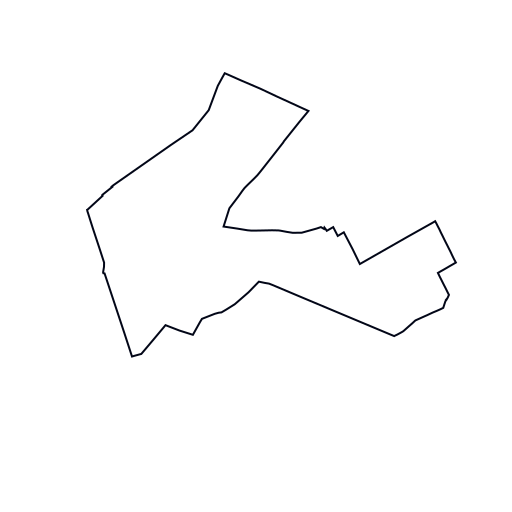 Curtici, Arad, Romania, rotated 140°
{"feature_id": "2599482B1459479635859", "entity_name": "Curtici", "entity_type": "district", "adm_level": 2, "iso_a3": "ROU", "parent_name": "Romania", "parent_adm1": "Arad", "projection": "natural_earth1", "projection_center": [21.262, 46.352], "detail": "fine", "context": "isolated", "style": "outline", "palette": "ink", "viewbox_px": 512, "rotation_deg": 140, "n_neighbors": 0, "source": "geoboundaries", "source_scale": "gbopen_adm2", "svg_char_len": 2002}
<svg xmlns="http://www.w3.org/2000/svg" viewBox="0 0 512 512"><g transform="rotate(140 256 256)"><path d="M355.7,399.9L356.5,398.4L357.1,396.8L360.1,389.6L362.9,382.8L371.5,361.2L376.6,348.6L379.4,345.4L382.2,343.0L383.6,341.8L384.0,340.9L383.2,340.0L387.2,329.9L406.3,281.8L415.6,258.7L413.3,257.7L406.8,254.7L387.1,258.1L371.9,260.8L369.8,261.2L362.5,248.0L355.0,236.2L341.6,241.3L337.8,242.6L324.7,238.2L321.0,236.5L318.7,235.0L313.3,234.1L303.2,232.7L285.1,233.0L270.3,234.5L266.7,229.9L263.8,226.5L262.0,223.2L249.2,198.2L232.9,166.5L204.0,110.4L202.7,107.9L201.6,105.8L201.0,105.7L198.3,105.0L194.9,104.3L192.8,103.9L191.5,103.7L187.7,103.8L184.0,103.9L179.2,104.0L175.5,104.2L175.0,104.1L171.5,103.1L167.9,102.1L165.1,101.3L163.1,100.7L160.4,100.0L156.7,99.0L152.9,97.8L149.1,96.7L145.9,95.9L142.9,97.8L140.0,99.6L138.3,100.0L138.4,100.3L136.3,100.7L133.2,102.2L132.4,105.6L131.4,109.7L130.5,113.7L129.5,117.9L128.5,122.2L127.5,126.1L124.1,125.5L120.9,124.9L117.5,124.3L113.9,123.7L110.6,123.1L107.1,122.5L106.3,126.4L105.3,130.4L104.2,134.5L103.4,138.0L102.6,141.3L101.8,144.8L101.0,148.1L100.1,151.7L99.3,155.1L98.4,158.4L97.6,162.0L96.8,165.4L96.4,167.5L97.9,167.7L128.1,173.4L181.6,183.1L177.6,199.1L173.5,217.7L180.5,218.8L178.3,228.5L185.6,229.8L185.5,230.7L185.4,231.4L185.3,233.8L186.5,233.0L187.7,236.4L192.0,238.1L205.9,244.4L206.2,244.6L206.4,244.8L211.8,249.2L213.0,250.2L217.0,254.8L221.1,259.8L222.4,261.2L227.2,265.4L238.0,274.1L243.3,278.5L246.0,281.2L252.7,289.0L261.9,299.4L246.3,309.3L245.6,309.7L234.5,312.2L231.0,313.0L224.9,314.6L221.4,315.4L219.6,315.6L216.2,315.9L208.0,316.5L202.9,317.0L197.6,318.0L176.6,322.4L162.0,325.5L161.1,325.9L136.2,330.9L122.6,333.4L126.6,341.8L137.6,365.0L143.9,378.7L145.2,381.5L154.5,399.9L161.0,413.2L162.5,416.1L167.5,414.2L175.9,410.9L198.5,398.1L223.8,393.1L250.1,395.8L315.2,401.5L319.9,401.9L321.9,401.9L321.8,401.3L334.5,401.6L334.8,401.4L334.9,400.7L355.4,399.8L355.7,399.9Z" fill="none" stroke="#020617" stroke-width="2"/></g></svg>